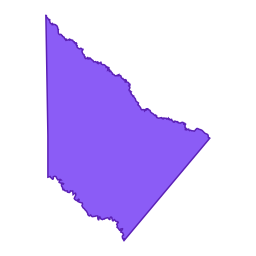 Bermejo, Formosa, Argentina (Natural Earth projection)
{"feature_id": "61730980B55817879292044", "entity_name": "Bermejo", "entity_type": "district", "adm_level": 2, "iso_a3": "ARG", "parent_name": "Argentina", "parent_adm1": "Formosa", "projection": "natural_earth1", "projection_center": [-61.415, -23.947], "detail": "fine", "context": "isolated", "style": "filled", "palette": "violet", "viewbox_px": 256, "rotation_deg": 0, "n_neighbors": 0, "source": "geoboundaries", "source_scale": "gbopen_adm2", "svg_char_len": 5667}
<svg xmlns="http://www.w3.org/2000/svg" viewBox="0 0 256 256"><path d="M45.9,16.5L47.9,135.9L47.9,177.2L50.2,176.5L50.7,177.6L51.3,177.9L52.4,179.2L53.0,179.1L53.3,178.7L53.3,176.9L53.7,176.6L54.8,176.3L55.9,176.6L56.2,177.0L56.8,178.4L57.9,179.9L60.0,179.4L60.5,179.5L61.1,180.0L59.8,180.3L59.3,181.3L59.1,182.4L60.8,183.1L62.6,183.2L63.6,183.6L63.5,183.9L63.2,184.2L61.8,183.8L61.5,184.0L61.4,185.2L61.7,186.4L62.3,187.1L62.6,188.0L62.6,188.6L63.0,189.7L63.9,189.4L64.2,190.3L65.4,190.9L67.2,190.9L67.3,191.9L67.7,192.2L68.6,192.4L69.4,192.5L69.9,192.2L70.3,191.1L70.6,190.8L71.4,191.1L72.7,191.0L73.1,194.6L74.9,193.2L75.5,193.2L75.7,193.8L75.8,195.0L74.2,198.4L74.5,199.0L75.2,199.7L76.4,200.5L77.3,200.3L78.7,199.2L79.1,199.5L78.9,200.3L78.0,200.7L77.7,201.2L77.9,201.5L79.9,202.4L82.1,202.9L82.4,203.4L82.5,204.3L81.9,205.6L82.2,206.3L83.1,207.8L83.9,208.4L84.1,208.7L84.4,208.8L85.3,210.1L86.3,211.0L87.4,212.8L87.9,214.0L87.8,214.5L88.4,215.3L89.1,215.8L89.7,215.9L90.7,215.0L91.9,216.5L92.8,216.7L93.9,216.4L95.0,216.4L95.7,216.0L96.9,215.9L97.7,216.0L97.9,216.2L97.8,216.6L97.9,217.0L97.7,217.9L98.2,219.6L98.5,219.8L98.8,219.7L98.8,218.5L99.2,218.1L99.2,217.4L99.8,216.9L100.5,218.0L100.6,218.7L102.3,219.6L103.6,219.0L104.3,219.1L104.6,218.9L104.6,218.6L107.5,217.7L108.4,218.2L108.6,218.7L109.0,219.1L109.7,219.5L110.0,219.3L110.0,218.3L110.3,217.4L111.0,217.0L111.8,217.5L111.7,218.1L112.1,218.8L112.3,220.1L112.9,220.9L113.1,220.9L113.9,219.9L114.4,219.6L115.8,221.3L116.9,221.6L117.2,221.9L117.7,221.7L118.2,222.3L118.1,222.8L117.3,223.5L116.7,224.3L116.7,224.6L117.2,225.0L117.4,225.5L117.3,226.5L117.0,227.3L118.1,228.1L119.7,230.4L120.1,230.4L120.2,229.6L120.8,229.0L122.1,228.7L122.5,228.7L122.6,228.9L122.0,230.1L121.3,230.7L120.8,232.0L121.0,232.2L121.3,232.1L122.7,232.9L123.1,233.9L123.6,234.9L123.4,235.3L122.9,235.4L122.3,236.1L122.3,236.9L122.6,238.4L123.1,239.1L124.0,239.0L124.2,238.7L124.8,238.8L124.6,239.5L123.9,239.6L123.6,239.8L123.6,240.0L124.0,240.6L210.2,137.7L209.2,138.2L208.9,137.7L208.4,137.6L208.1,135.2L207.5,134.4L204.8,133.2L202.3,130.6L201.6,130.1L199.7,129.4L199.0,129.3L197.7,128.5L196.6,128.6L195.9,129.5L195.5,129.7L195.1,130.5L194.2,131.2L193.1,130.8L191.9,130.8L190.4,130.2L189.5,130.6L189.1,130.3L188.8,129.2L188.5,129.1L187.7,129.2L187.1,129.7L186.5,129.6L186.3,129.9L185.3,129.6L185.4,129.1L186.3,129.0L186.4,128.8L186.1,128.3L185.6,128.2L185.0,127.5L185.2,127.0L185.0,126.6L185.0,125.8L185.2,125.1L184.8,124.6L185.5,124.4L185.6,124.1L185.3,123.9L184.8,124.1L184.5,123.8L183.8,124.0L183.8,123.5L184.2,123.1L183.1,122.7L182.8,122.3L181.3,122.5L180.5,123.1L178.9,122.9L178.2,122.7L178.2,122.3L177.7,121.8L177.3,121.9L177.0,121.6L176.6,121.8L174.9,121.1L174.4,122.1L173.8,122.2L173.3,122.0L173.2,121.5L172.7,121.0L171.5,120.3L171.4,120.0L171.7,119.6L171.6,119.4L171.1,119.6L170.8,119.9L170.0,119.6L169.5,119.7L169.1,119.2L169.3,118.9L168.7,118.7L168.4,118.2L168.0,119.0L167.7,118.6L166.7,118.9L166.6,118.4L166.4,118.3L164.6,118.3L164.1,118.0L163.0,118.2L163.0,118.4L163.3,118.6L163.3,118.8L162.4,118.7L162.0,118.4L161.8,117.8L161.5,117.6L158.6,118.2L156.7,117.5L156.4,116.8L156.7,116.4L156.7,116.0L156.1,115.8L155.7,115.1L155.3,115.5L154.9,115.5L153.0,113.7L151.4,112.8L150.4,111.7L150.1,110.5L149.1,109.9L148.4,109.6L147.9,108.8L147.5,108.7L146.3,108.8L146.3,109.0L146.7,109.6L145.9,110.2L145.3,109.8L144.6,111.0L144.4,110.7L144.5,109.9L144.0,109.6L142.6,109.6L142.0,109.9L141.7,109.7L141.1,109.2L140.6,107.8L139.7,106.5L138.9,105.6L138.3,105.3L137.9,104.7L138.0,104.4L138.3,104.2L138.4,102.9L137.2,102.1L135.8,100.8L135.4,99.0L134.0,97.1L133.7,96.5L133.6,96.0L132.9,96.3L132.5,95.4L131.1,93.9L131.2,93.1L130.6,92.7L130.4,92.3L130.5,92.0L131.1,91.7L130.2,90.9L129.5,90.9L129.2,90.4L129.0,89.8L129.6,88.7L129.9,87.5L129.4,86.4L128.8,85.9L129.2,85.6L129.2,84.6L129.9,85.1L130.0,84.5L129.8,84.1L129.3,84.1L128.6,82.9L128.1,82.4L126.4,81.9L126.3,80.5L125.6,80.9L125.5,82.0L125.2,82.0L125.0,80.8L125.4,80.1L125.4,79.7L125.2,79.6L123.7,79.8L122.7,78.7L123.6,78.7L122.1,78.3L121.6,78.0L121.1,77.2L121.1,76.2L120.3,75.5L118.2,75.7L118.3,75.4L118.8,74.9L118.9,74.6L118.1,74.8L117.6,75.5L116.9,75.4L116.0,75.9L114.6,75.5L114.0,74.6L112.5,74.2L112.4,73.9L112.5,73.4L111.0,71.6L110.8,71.2L110.0,71.6L109.3,71.2L109.3,70.8L109.8,70.3L109.6,69.8L109.0,69.7L108.5,69.1L108.1,70.0L107.7,70.2L107.9,69.4L109.0,68.2L108.9,67.6L108.2,67.4L108.0,67.6L107.8,68.4L107.6,68.4L107.1,66.9L106.7,66.7L106.1,67.2L105.8,66.0L104.7,65.0L103.8,64.6L102.7,64.7L101.5,64.1L101.2,63.7L101.0,62.3L100.6,62.3L99.9,63.1L98.9,62.9L98.4,63.3L98.2,63.1L97.9,62.0L97.5,61.9L97.2,62.5L97.7,63.0L97.7,63.3L95.6,61.6L95.2,61.8L93.6,61.8L93.0,60.5L91.7,59.7L90.1,58.0L89.8,58.0L89.9,58.7L89.7,58.8L89.0,58.7L88.3,58.0L88.2,58.9L87.9,58.9L87.2,57.8L86.2,58.6L85.5,58.6L85.3,58.0L84.7,57.6L85.0,56.7L84.1,55.8L84.1,54.8L83.0,54.0L82.3,52.5L82.0,51.0L82.9,49.8L83.0,49.3L81.8,49.0L81.3,48.4L80.9,48.5L80.5,48.3L79.8,48.8L79.2,48.8L77.3,47.5L77.0,46.6L77.2,45.5L77.0,45.3L76.5,45.4L76.0,44.2L76.1,43.9L76.6,43.5L76.4,43.1L76.1,42.8L74.5,42.9L74.2,41.8L73.3,41.5L72.6,40.2L71.3,40.1L70.8,39.6L69.6,40.1L69.5,39.9L69.6,39.2L69.4,39.1L68.4,39.9L65.9,40.4L65.7,40.1L65.6,39.6L66.5,39.6L66.5,39.2L64.7,38.8L64.0,37.1L62.5,36.4L62.4,35.7L61.8,35.4L61.4,34.7L60.7,34.3L59.9,34.7L59.3,34.4L58.7,33.8L58.4,33.2L58.2,31.1L58.2,29.8L58.4,29.4L57.8,28.9L57.6,27.3L56.8,25.7L56.5,25.4L56.1,25.4L55.5,24.8L54.6,24.4L52.2,24.7L52.1,24.3L52.6,23.6L52.4,23.4L51.5,23.9L50.9,23.6L50.3,23.0L49.8,22.0L49.9,21.5L49.7,20.8L49.7,19.6L49.4,19.5L49.0,19.9L48.8,19.9L47.7,18.2L46.3,16.7L46.4,15.6L46.1,15.4L45.8,15.4L45.9,16.5Z" fill="#8b5cf6" stroke="#5b21b6" stroke-width="1.5"/></svg>